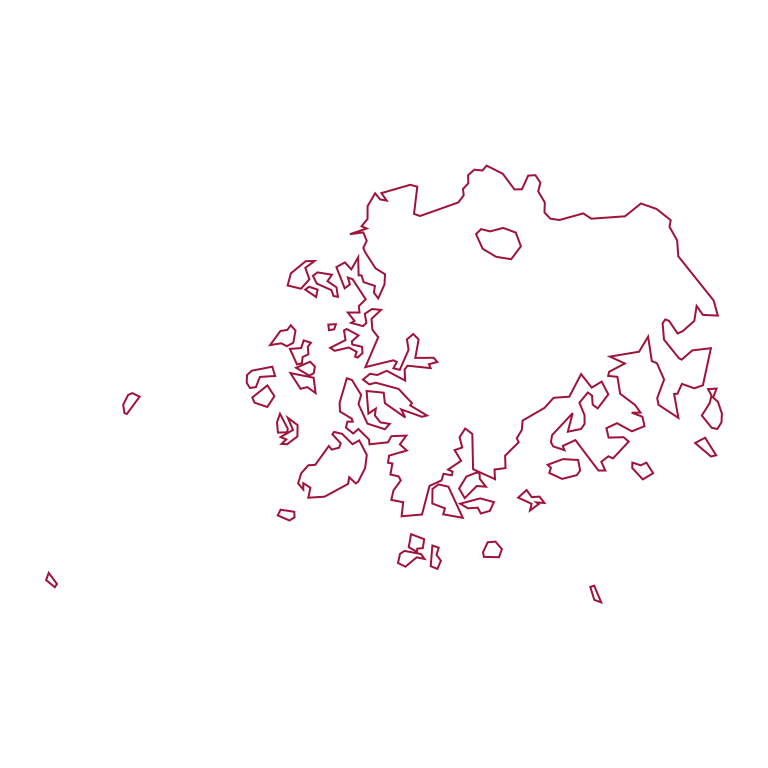 SVG path tracing the border of South Jeolla
{"feature_id": "KOR-2506", "entity_name": "South Jeolla", "entity_type": "Metropolitan City", "adm_level": 1, "iso_a3": "KOR", "parent_name": "South Korea", "parent_adm1": "", "projection": "albers", "projection_center": [126.652, 34.734], "detail": "fine", "context": "isolated", "style": "outline", "palette": "rose", "viewbox_px": 768, "rotation_deg": 0, "n_neighbors": 0, "source": "natural_earth", "source_scale": "10m", "svg_char_len": 6153}
<svg xmlns="http://www.w3.org/2000/svg" viewBox="0 0 768 768"><path d="M717.8,315.6L702.9,314.9L696.6,306.0L694.3,320.9L682.8,331.1L677.6,333.5L669.1,320.9L665.3,319.4L662.6,323.3L664.0,339.6L679.1,358.4L681.7,359.6L692.3,350.4L710.9,348.2L702.9,385.3L694.3,388.3L681.9,383.9L677.4,393.8L674.1,393.9L678.4,417.9L658.5,404.8L657.2,398.1L664.1,379.5L656.9,363.2L651.8,361.1L648.1,336.6L639.1,351.7L609.9,356.6L624.8,363.5L609.1,371.8L608.2,375.9L617.4,376.8L620.2,393.8L635.1,405.0L640.5,412.6L631.7,412.7L642.4,416.7L644.5,426.2L631.9,431.3L617.0,423.2L606.4,428.2L608.6,437.6L623.6,437.2L628.7,441.6L613.0,458.4L608.4,456.3L601.3,461.8L605.3,470.5L598.4,470.5L575.4,440.1L562.8,445.9L564.5,450.2L553.2,446.4L550.9,442.1L552.1,435.1L572.7,413.1L567.8,431.7L581.0,429.0L584.6,423.9L584.5,415.1L579.4,402.8L587.8,392.5L592.0,395.6L592.7,404.7L597.7,408.4L608.3,394.4L601.7,381.6L591.7,387.6L581.1,374.1L569.3,396.7L553.6,397.8L544.5,407.9L522.6,420.6L521.8,429.9L516.8,438.3L518.7,442.2L505.1,455.7L505.5,468.1L494.5,469.5L495.0,479.2L473.1,469.2L472.3,433.9L465.2,428.5L459.6,437.2L462.2,447.5L454.6,450.1L461.1,460.8L448.1,469.6L452.6,471.7L451.8,475.3L443.5,473.8L441.5,480.4L429.5,485.9L422.0,514.5L401.6,516.3L403.2,502.2L391.3,499.9L393.5,490.4L400.8,480.4L398.6,476.4L390.4,474.5L392.4,463.5L388.0,462.8L389.1,455.6L406.8,450.5L399.9,444.4L406.3,435.6L391.4,436.2L388.0,442.3L369.5,444.3L369.0,439.5L358.4,429.0L353.2,433.5L345.9,427.6L347.4,421.7L352.7,421.7L351.7,418.6L340.0,411.6L339.6,402.9L346.8,378.3L352.0,380.0L361.1,394.9L358.5,404.1L367.4,423.6L384.9,429.3L389.7,423.9L380.4,422.4L374.9,415.5L375.8,408.6L368.4,413.7L366.6,391.0L383.7,392.7L384.9,403.2L405.3,417.5L401.2,409.4L421.9,416.8L427.0,415.5L410.2,405.4L412.0,403.2L398.6,388.9L375.7,382.7L369.4,384.4L363.0,379.6L370.0,373.8L377.3,375.0L386.7,370.8L405.2,380.6L404.6,369.6L407.5,365.7L430.6,368.1L428.9,364.2L437.3,362.0L433.7,357.8L415.3,357.9L418.6,339.5L413.3,334.0L406.9,339.4L408.6,349.7L399.8,369.8L393.4,368.3L396.8,362.0L393.4,360.3L365.4,367.1L378.2,337.2L372.4,329.7L371.5,318.9L381.0,309.9L372.1,309.0L364.8,313.8L366.4,323.0L363.0,326.1L351.1,322.9L354.5,320.9L347.8,312.5L359.5,312.5L358.8,306.1L365.7,299.3L352.6,279.2L347.9,277.6L349.9,284.4L344.7,288.3L336.4,267.1L344.9,262.4L351.3,269.4L358.2,257.2L358.6,275.3L361.5,275.4L363.6,282.1L374.9,285.9L373.9,292.6L378.2,298.4L384.5,284.4L385.0,274.2L375.6,268.4L365.1,252.2L363.3,247.9L366.7,240.8L363.3,232.4L349.9,234.2L366.7,228.5L361.6,226.2L367.5,219.0L367.6,206.1L375.1,193.3L380.1,199.4L386.7,200.6L381.4,193.1L410.3,184.8L417.3,186.7L414.0,213.9L420.1,216.0L458.4,202.4L463.7,195.3L463.0,189.0L468.3,183.3L468.1,175.2L474.3,169.7L482.5,170.5L486.6,165.6L502.8,173.8L514.4,189.4L521.9,189.3L528.2,175.6L535.4,175.2L540.4,182.7L538.2,191.3L544.8,202.5L544.5,212.5L550.4,218.7L559.5,220.0L583.3,213.4L591.3,218.7L625.0,216.3L640.9,203.5L656.6,209.0L670.7,220.2L669.5,226.8L677.1,240.3L678.3,256.3L713.7,300.6L717.8,315.6ZM515.8,232.6L503.2,227.9L490.0,231.4L481.2,229.1L476.0,234.1L482.7,248.8L496.1,256.8L511.2,259.2L520.9,246.3L515.8,232.6ZM366.8,454.9L365.1,468.1L358.2,481.7L355.7,483.4L349.2,477.2L348.1,483.9L324.5,496.7L308.3,497.7L310.4,487.7L303.3,483.2L303.3,489.5L298.1,483.4L301.2,473.3L308.3,465.3L315.3,464.8L328.8,446.0L331.7,449.6L339.1,447.7L340.7,443.2L332.4,434.4L334.1,431.9L342.2,433.9L352.5,444.2L359.2,440.4L366.8,454.9ZM448.4,486.7L462.8,517.8L443.2,514.3L444.9,508.3L432.3,503.5L432.5,488.9L438.5,484.4L448.4,486.7ZM563.0,459.1L578.2,460.0L580.1,470.5L576.9,475.1L562.1,478.9L549.3,473.0L550.9,467.7L547.6,464.8L563.0,459.1ZM713.1,397.6L717.9,401.7L721.9,413.6L721.5,422.3L717.3,429.0L711.7,427.8L701.8,415.5L709.7,403.1L711.5,395.5L708.1,389.1L716.5,388.6L713.1,397.6ZM301.0,288.7L287.6,285.5L290.9,273.3L305.7,261.2L314.5,261.0L305.3,267.9L309.4,279.3L301.0,288.7ZM352.3,344.5L362.0,346.8L362.5,353.1L357.6,357.6L355.0,356.6L356.7,351.9L348.8,347.5L334.7,350.8L330.2,347.9L345.5,340.1L344.0,330.4L346.7,329.0L358.5,335.4L351.8,341.4L352.3,344.5ZM464.7,498.1L459.1,488.5L466.4,476.5L476.4,472.6L479.5,473.1L479.8,478.9L485.9,486.7L476.8,486.0L464.7,498.1ZM272.3,366.7L275.1,376.0L259.9,376.9L255.9,387.1L250.0,388.0L246.7,382.8L247.0,375.1L251.8,370.7L272.3,366.7ZM287.3,329.9L290.8,325.3L295.5,330.6L293.3,342.7L286.9,346.2L281.2,343.3L270.1,345.1L280.4,331.0L287.3,329.9ZM313.6,377.7L315.6,393.1L307.3,387.1L300.6,388.8L290.4,373.1L313.6,377.7ZM267.4,385.4L274.4,396.2L267.3,407.0L254.5,402.6L252.3,397.5L267.4,385.4ZM297.0,364.4L289.9,348.9L301.1,348.1L303.7,340.4L310.9,342.8L307.8,346.8L308.4,354.3L302.6,357.0L301.9,363.2L297.0,364.4ZM331.4,290.1L316.8,283.6L312.9,275.8L317.5,272.4L331.9,274.7L327.5,281.2L336.5,287.3L337.9,296.8L333.5,296.0L331.4,290.1ZM489.8,510.9L480.8,513.5L477.8,507.7L468.0,508.3L460.2,503.7L480.1,498.4L493.9,502.1L489.8,510.9ZM495.4,541.6L501.9,549.1L499.0,557.2L484.0,556.9L483.0,552.3L487.7,542.3L495.4,541.6ZM420.9,554.0L424.5,558.9L416.6,557.4L405.4,566.7L398.0,563.0L400.0,553.9L404.5,550.9L420.9,554.0ZM646.4,462.6L653.1,473.2L642.8,479.4L632.2,467.9L632.4,462.6L640.8,465.3L646.4,462.6ZM297.6,425.1L297.4,436.5L287.0,444.3L281.5,443.9L286.3,439.4L280.6,437.1L293.0,429.9L287.8,417.8L297.6,425.1ZM705.1,437.7L716.1,455.3L711.0,456.5L695.1,443.0L705.1,437.7ZM424.2,539.2L422.8,548.1L417.2,548.7L417.1,551.9L408.7,547.2L411.1,534.2L424.2,539.2ZM539.5,496.6L544.4,503.0L536.5,502.4L538.7,504.1L530.0,510.5L531.6,503.8L518.2,497.6L526.6,490.0L531.7,497.1L539.5,496.6ZM132.3,393.1L139.6,396.7L126.8,414.0L124.4,413.0L123.2,404.7L128.1,395.0L132.3,393.1ZM436.5,554.9L440.9,560.7L437.4,568.9L430.7,566.2L432.4,545.5L438.7,547.7L436.5,554.9ZM314.9,366.5L313.7,373.2L309.3,375.6L296.1,367.8L310.1,361.7L314.9,366.5ZM287.1,432.3L277.9,432.6L277.0,422.2L280.0,413.8L287.8,428.8L287.1,432.3ZM294.3,511.8L294.5,517.3L289.5,520.5L277.7,515.4L280.6,509.7L294.3,511.8ZM54.8,587.2L46.1,580.1L48.7,572.9L57.0,584.0L54.8,587.2ZM317.6,289.6L316.1,297.0L305.2,289.6L309.1,286.8L317.6,289.6ZM594.2,585.7L601.2,602.4L594.3,599.9L590.3,586.9L594.2,585.7ZM334.2,329.3L329.0,330.2L328.3,324.6L335.9,324.2L334.2,329.3Z" fill="none" stroke="#9f1239" stroke-width="2"/></svg>